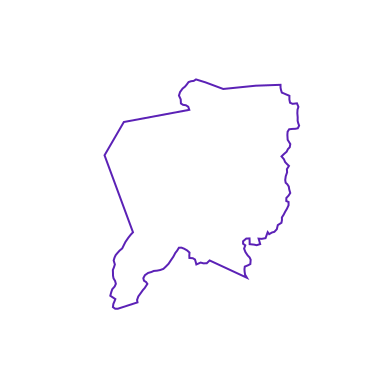 the district of Itanagra, Bahia, Brazil, rotated 220°
{"feature_id": "56859067B38916091628463", "entity_name": "Itanagra", "entity_type": "district", "adm_level": 2, "iso_a3": "BRA", "parent_name": "Brazil", "parent_adm1": "Bahia", "projection": "robinson", "projection_center": [-38.082, -12.298], "detail": "fine", "context": "isolated", "style": "outline", "palette": "violet", "viewbox_px": 384, "rotation_deg": 220, "n_neighbors": 0, "source": "geoboundaries", "source_scale": "gbopen_adm2", "svg_char_len": 2240}
<svg xmlns="http://www.w3.org/2000/svg" viewBox="0 0 384 384"><g transform="rotate(220 192 192)"><path d="M94.8,161.6L98.2,162.8L100.5,164.8L102.3,166.7L103.6,168.8L102.0,171.8L101.0,174.3L103.5,177.8L105.8,178.9L108.6,179.2L112.4,180.3L115.7,182.1L116.9,185.4L119.6,185.2L121.2,187.1L120.5,191.2L118.1,193.4L116.1,191.2L114.3,189.1L110.6,191.6L108.3,192.8L106.3,195.9L108.6,197.5L111.0,199.1L108.5,200.9L106.0,203.9L107.4,207.7L108.2,209.9L105.8,209.3L104.7,212.4L103.3,214.4L103.1,218.0L105.0,221.8L103.7,225.9L105.1,228.4L106.8,230.3L107.2,233.5L108.0,237.0L108.5,240.2L109.5,243.9L111.6,246.4L114.0,245.7L115.9,248.1L115.7,251.3L116.1,254.4L119.2,256.5L121.4,258.4L124.0,259.2L126.2,259.3L128.3,261.1L130.3,264.3L131.8,268.2L134.0,270.5L134.5,274.3L137.4,274.5L139.9,274.8L142.7,276.2L146.3,276.8L146.0,280.0L145.4,283.7L146.1,286.5L145.9,289.1L147.5,291.9L152.3,293.5L155.6,297.0L157.5,299.6L157.9,302.5L155.6,304.9L153.5,306.8L151.9,308.8L152.6,311.7L154.7,312.9L156.8,314.4L159.1,317.2L161.9,320.0L164.1,322.9L165.2,325.6L168.6,327.4L171.6,324.2L174.3,323.4L176.8,325.4L179.2,328.3L187.1,325.9L189.3,327.3L191.1,328.7L193.1,331.0L211.5,314.4L234.3,291.0L252.3,284.6L261.3,280.8L262.1,278.2L263.9,276.3L265.3,274.0L265.1,270.9L265.1,268.2L265.7,265.2L265.4,260.9L264.0,257.5L260.2,255.7L257.4,252.7L254.9,253.0L252.5,254.5L249.7,254.9L246.9,253.2L289.2,201.8L282.6,163.9L211.3,123.2L211.5,120.2L211.4,116.2L210.9,111.0L210.2,108.0L209.2,103.9L209.8,100.6L209.9,97.2L209.9,94.6L209.2,92.0L208.0,89.2L204.5,86.9L203.3,83.9L202.5,81.4L200.6,79.3L198.7,77.1L196.6,75.4L193.7,74.4L191.3,72.7L190.5,69.9L190.6,66.3L189.4,63.2L187.9,60.0L184.5,60.4L181.9,60.7L181.1,58.4L180.3,55.7L178.6,53.0L175.8,53.2L173.8,54.9L162.8,72.4L164.7,74.0L166.0,77.5L166.3,81.8L166.6,85.4L166.5,87.9L166.8,90.4L167.1,92.9L169.2,93.5L171.8,93.2L173.9,94.7L174.6,98.0L173.6,101.8L171.7,104.6L170.5,107.0L168.2,109.3L166.2,111.8L164.5,114.7L164.1,118.0L163.8,121.9L164.3,126.2L164.7,130.4L165.6,134.6L165.7,137.6L166.2,140.9L164.3,142.6L161.6,143.5L158.3,144.1L155.0,144.0L153.3,141.7L151.6,139.8L148.8,141.8L146.3,142.2L144.2,140.8L142.1,139.3L140.0,143.5L137.4,144.7L134.9,146.9L134.5,150.9L94.8,161.6Z" fill="none" stroke="#5b21b6" stroke-width="2"/></g></svg>